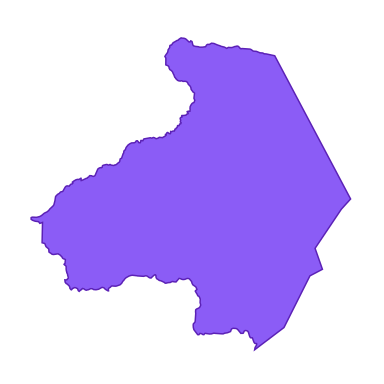 Los Chiles, Alajuela, Costa Rica (Albers equal-area conic projection), rotated 94°
{"feature_id": "36466004B82753262426654", "entity_name": "Los Chiles", "entity_type": "district", "adm_level": 2, "iso_a3": "CRI", "parent_name": "Costa Rica", "parent_adm1": "Alajuela", "projection": "albers", "projection_center": [-84.675, 10.857], "detail": "fine", "context": "isolated", "style": "filled", "palette": "violet", "viewbox_px": 384, "rotation_deg": 94, "n_neighbors": 0, "source": "geoboundaries", "source_scale": "gbopen_adm2", "svg_char_len": 6025}
<svg xmlns="http://www.w3.org/2000/svg" viewBox="0 0 384 384"><g transform="rotate(94 192 192)"><path d="M345.0,118.5L320.8,90.8L267.4,68.5L260.0,56.5L239.6,65.3L198.7,41.8L187.9,33.3L50.3,119.0L49.1,127.4L49.1,129.8L48.8,130.2L48.4,131.1L48.4,133.9L47.2,137.6L47.2,140.7L45.8,142.9L45.4,144.1L45.4,152.2L45.6,152.5L45.6,153.5L45.2,154.2L44.9,154.3L43.6,155.8L43.3,156.5L43.3,157.5L43.7,158.2L43.8,159.2L45.0,161.9L45.2,163.0L45.2,165.8L46.3,167.3L45.2,169.8L44.6,173.3L44.2,174.2L43.6,176.7L42.3,180.5L42.2,182.9L43.6,185.0L43.6,186.6L43.9,187.2L44.5,187.8L46.1,188.6L46.8,191.8L47.0,194.4L46.6,195.8L46.5,198.9L46.0,200.8L45.0,201.5L42.1,202.4L41.7,202.8L41.3,203.8L42.5,204.6L42.5,205.5L40.1,208.4L39.6,209.2L39.2,210.6L39.2,213.0L39.0,213.6L40.4,215.5L41.4,216.3L42.0,217.7L43.9,220.4L44.2,221.1L46.8,222.7L47.1,223.9L47.6,224.3L49.6,224.4L51.7,225.7L54.3,226.0L57.6,228.0L58.7,228.5L60.1,227.5L60.5,227.4L67.0,227.0L67.2,226.7L67.2,226.3L67.8,224.7L68.4,224.0L69.3,223.6L69.9,223.5L71.4,222.7L72.3,221.1L73.4,219.9L75.4,218.9L76.1,218.4L78.1,217.5L78.7,217.2L79.3,216.5L80.1,216.1L80.3,215.6L81.6,214.3L82.1,212.7L82.1,211.1L81.8,210.6L81.8,210.0L82.3,208.6L82.1,207.5L82.1,205.7L82.6,204.7L83.4,203.9L84.7,203.3L86.7,201.1L88.0,200.4L89.5,200.1L90.4,199.5L90.8,199.0L92.1,198.1L92.5,197.2L93.2,196.4L98.4,196.6L100.3,195.6L102.4,196.2L102.7,196.4L103.2,197.6L103.8,198.2L105.5,199.2L107.1,199.8L109.0,199.8L109.8,199.6L111.6,199.7L111.7,201.4L112.1,202.4L112.9,202.1L113.5,201.3L113.9,201.3L114.3,201.5L114.6,202.5L115.8,203.5L116.3,206.1L116.4,207.4L116.7,207.6L117.1,207.6L117.8,207.2L118.3,208.1L119.1,208.9L119.9,208.9L121.1,208.3L122.9,208.6L123.7,207.7L124.7,208.0L125.1,209.1L126.6,209.5L126.8,209.8L126.8,211.0L128.8,211.4L129.2,212.1L130.0,212.4L130.4,213.3L132.3,213.8L132.6,215.4L133.2,216.4L133.1,217.5L135.0,217.5L135.4,217.8L135.3,218.9L134.3,220.3L134.4,220.8L134.9,221.3L136.4,221.8L136.4,223.1L136.7,222.1L137.0,221.8L137.3,221.9L138.5,223.2L139.3,224.6L139.8,225.1L139.7,228.4L140.7,229.7L141.3,231.3L141.3,231.7L140.5,233.2L140.3,234.4L141.1,235.9L140.8,237.4L142.3,243.3L142.6,243.9L144.3,244.6L144.3,245.5L144.1,246.0L144.2,246.6L146.2,246.9L146.5,247.2L146.5,248.5L145.5,249.2L144.7,250.1L144.8,250.8L144.9,251.2L146.2,251.9L146.7,252.6L147.0,253.3L147.2,255.6L148.0,257.1L149.5,259.0L151.8,260.6L152.9,261.1L154.4,261.4L155.4,262.5L156.1,262.8L157.9,262.9L158.4,263.3L163.2,264.6L163.6,265.2L163.7,265.6L164.1,266.0L166.3,266.2L167.3,266.6L168.4,268.0L169.8,269.3L170.5,270.7L170.5,271.2L170.9,271.6L171.0,272.3L170.8,274.6L170.3,275.4L170.3,275.9L170.9,276.7L170.9,277.6L170.5,278.6L170.5,279.3L171.5,282.4L172.0,283.1L173.7,283.4L174.0,283.8L174.1,285.1L174.5,286.1L175.2,287.1L175.8,287.6L182.4,289.9L182.8,290.4L183.3,291.4L183.3,292.1L182.8,293.3L182.8,295.1L183.3,295.6L184.0,295.9L184.9,297.2L185.6,297.7L185.8,298.5L188.2,302.8L188.3,303.4L186.1,303.6L186.1,304.0L186.9,304.9L187.4,305.8L187.4,307.2L187.9,308.6L189.4,310.8L190.5,312.0L190.9,311.5L191.3,311.4L192.2,312.0L192.7,313.4L193.7,314.2L193.8,314.4L194.7,314.9L194.6,317.1L195.2,318.2L196.1,318.9L200.3,320.9L200.7,321.5L200.9,322.6L201.4,323.4L202.6,324.2L203.7,325.9L205.6,327.5L206.2,327.8L210.1,328.1L214.5,328.9L215.8,329.8L218.8,332.6L220.5,333.7L222.0,335.3L223.4,337.8L226.0,340.5L227.1,342.2L228.1,345.2L228.2,349.4L228.6,350.5L228.8,350.7L230.4,350.6L231.3,349.2L232.1,346.4L232.3,343.0L233.9,341.6L232.8,339.0L253.1,338.0L253.6,335.5L254.1,335.0L256.0,334.2L256.7,333.8L258.7,331.1L259.7,330.8L261.8,330.5L262.2,330.1L262.8,328.8L263.8,327.4L264.0,326.3L264.0,325.7L263.0,321.3L264.2,319.0L266.2,316.9L267.0,316.5L267.6,315.6L267.9,314.2L268.3,313.6L272.0,313.7L273.0,314.6L273.7,314.0L274.0,313.2L275.0,312.4L275.4,312.3L277.6,312.2L279.6,311.8L280.6,311.3L281.2,311.3L282.7,310.4L283.9,310.2L285.6,309.5L286.8,309.5L287.7,310.4L288.0,310.4L288.5,311.4L288.5,312.7L290.7,312.3L290.8,312.0L291.5,311.7L292.1,311.1L292.7,309.8L293.3,309.2L294.1,308.1L295.5,307.3L296.7,307.0L297.7,306.1L298.0,305.7L298.0,305.4L296.6,304.4L296.2,303.6L295.6,302.6L295.6,301.4L296.4,299.5L296.8,299.2L297.7,298.9L298.4,298.5L299.0,297.6L297.8,296.5L297.1,295.5L296.5,295.2L296.2,294.4L295.9,294.3L296.1,293.2L296.8,292.2L297.3,291.0L297.3,290.3L296.9,289.4L296.7,288.5L295.5,286.3L295.5,284.7L296.2,283.3L296.2,280.9L295.5,278.3L293.4,275.1L293.6,273.6L294.0,272.8L295.1,271.7L296.4,269.1L296.5,268.5L296.4,268.3L295.3,268.6L294.1,268.5L293.3,267.7L292.7,266.8L291.6,265.9L291.3,265.3L291.3,261.9L291.1,260.8L289.6,257.3L288.0,255.8L285.9,254.8L285.1,254.0L283.4,253.0L282.1,251.8L280.2,248.9L279.9,248.0L279.6,247.5L279.2,245.8L279.4,240.9L279.5,240.6L279.5,234.4L278.8,232.4L278.8,231.6L279.2,230.6L280.5,228.5L280.7,226.9L278.1,224.5L277.2,223.4L277.2,222.6L277.9,222.2L280.0,221.8L281.1,221.0L281.4,220.2L282.5,218.5L282.8,216.6L284.1,213.3L284.8,212.5L284.8,211.7L284.1,209.5L283.8,207.4L282.7,205.6L282.7,204.2L282.9,203.7L282.8,201.6L279.1,198.9L279.2,197.8L279.9,195.7L279.9,194.2L279.6,192.9L278.6,190.9L278.6,189.2L278.9,188.5L281.3,186.2L283.0,185.6L284.5,184.7L286.3,181.7L287.4,180.9L288.2,180.7L288.6,180.3L289.0,180.3L290.3,181.7L290.7,181.8L293.2,180.1L293.5,179.8L295.1,179.0L295.6,177.8L296.3,177.3L298.2,176.3L301.9,176.2L303.8,175.5L304.7,175.5L306.5,176.3L307.3,177.2L308.5,179.4L309.3,180.1L311.2,180.1L313.0,179.8L320.7,179.8L321.6,180.0L323.6,181.5L325.1,181.5L327.2,181.2L329.2,180.5L333.9,176.4L333.9,175.2L332.5,174.2L332.7,172.7L333.0,171.9L333.4,171.4L333.5,170.2L332.5,169.6L332.1,169.1L332.4,164.6L332.2,162.8L331.3,160.3L331.4,158.9L331.4,151.7L331.3,151.0L331.1,150.4L330.7,150.0L329.9,146.7L328.6,144.0L328.5,143.8L327.9,143.7L325.9,143.0L325.1,141.6L325.1,138.9L325.2,138.0L326.1,136.7L329.6,133.4L329.4,131.3L329.1,130.9L327.1,130.2L326.5,129.3L326.5,128.1L326.8,127.0L327.1,126.6L328.1,125.9L331.6,124.6L333.0,123.8L333.3,123.4L333.3,121.6L337.4,119.8L338.4,119.0L338.7,118.5L338.7,117.0L338.9,116.9L340.1,116.9L342.6,118.2L345.0,118.5Z" fill="#8b5cf6" stroke="#5b21b6" stroke-width="1.5"/></g></svg>